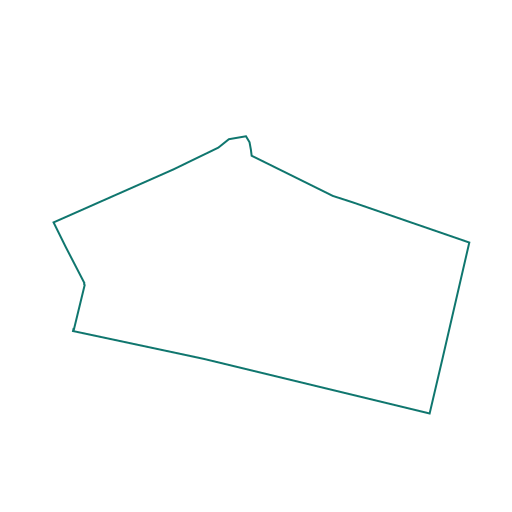 Amourj, Hodh ech Chargui, Mauritania (Equal Earth projection), rotated 13°
{"feature_id": "47542326B9245180339851", "entity_name": "Amourj", "entity_type": "district", "adm_level": 2, "iso_a3": "MRT", "parent_name": "Mauritania", "parent_adm1": "Hodh ech Chargui", "projection": "equal_earth", "projection_center": [-7.235, 15.827], "detail": "fine", "context": "isolated", "style": "outline", "palette": "teal", "viewbox_px": 512, "rotation_deg": 13, "n_neighbors": 0, "source": "geoboundaries", "source_scale": "gbopen_adm2", "svg_char_len": 457}
<svg xmlns="http://www.w3.org/2000/svg" viewBox="0 0 512 512"><g transform="rotate(13 256 256)"><path d="M317.4,180.2L234.8,160.6L229.2,159.3L227.2,153.8L224.1,146.6L219.3,141.6L203.3,148.3L194.9,158.9L168.2,180.4L158.8,188.0L156.7,189.7L51.2,268.8L68.3,289.7L94.8,320.9L94.8,321.9L95.6,322.9L95.1,368.2L94.6,368.2L94.6,370.3L228.1,368.0L460.6,370.4L460.8,314.1L460.8,194.9L338.5,182.0L317.4,180.2Z" fill="none" stroke="#0f766e" stroke-width="2"/></g></svg>